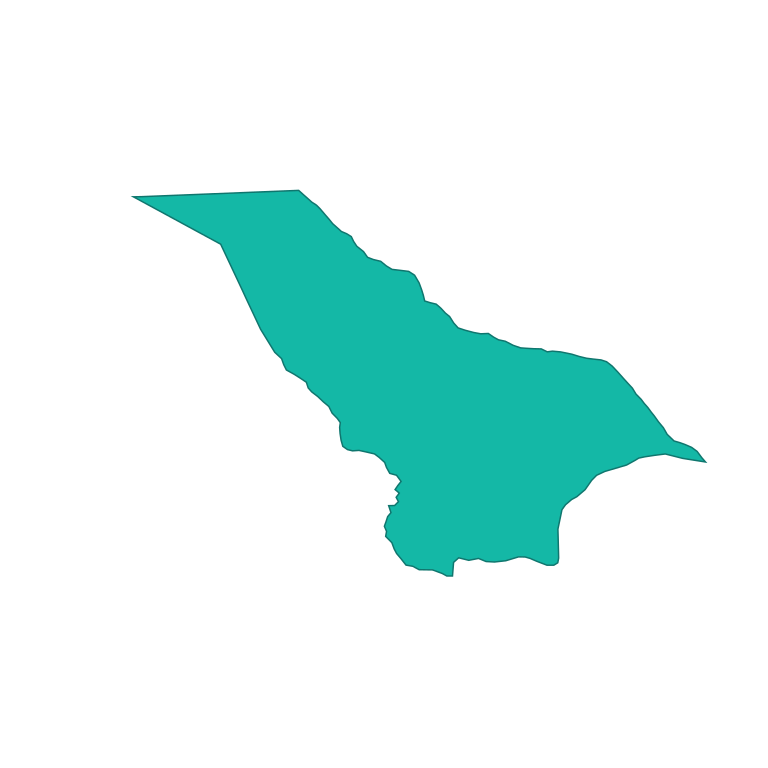 the district of Piranhas, Alagoas, Brazil, rotated 303°
{"feature_id": "56859067B38301719438839", "entity_name": "Piranhas", "entity_type": "district", "adm_level": 2, "iso_a3": "BRA", "parent_name": "Brazil", "parent_adm1": "Alagoas", "projection": "equal_earth", "projection_center": [-37.725, -9.506], "detail": "fine", "context": "isolated", "style": "filled", "palette": "teal", "viewbox_px": 768, "rotation_deg": 303, "n_neighbors": 0, "source": "geoboundaries", "source_scale": "gbopen_adm2", "svg_char_len": 2220}
<svg xmlns="http://www.w3.org/2000/svg" viewBox="0 0 768 768"><g transform="rotate(303 384 384)"><path d="M404.5,71.9L412.3,170.9L385.5,214.1L381.0,221.2L362.7,250.7L351.1,275.1L349.5,284.3L345.6,289.4L342.6,294.5L343.2,303.0L343.3,310.1L343.2,317.9L339.4,322.6L338.0,327.7L337.4,335.4L336.0,342.8L335.1,350.0L331.3,356.4L329.7,363.6L327.8,368.4L323.5,370.4L318.6,374.1L313.5,378.6L309.3,383.4L309.1,389.1L310.8,394.0L314.7,399.2L317.3,406.1L320.2,414.1L319.8,419.9L318.6,427.3L315.4,431.5L312.2,437.5L314.3,444.2L311.6,451.4L306.5,450.9L301.5,450.8L300.8,456.2L295.6,455.9L293.2,460.2L287.9,459.1L284.5,454.2L279.9,459.9L274.8,459.3L269.6,460.7L264.9,461.8L261.8,466.4L257.1,468.4L255.2,477.0L251.2,482.4L248.7,486.9L246.8,493.2L244.1,501.1L246.8,507.4L247.4,514.6L254.5,525.9L256.8,536.0L257.2,541.3L260.3,546.0L272.3,539.5L278.9,541.3L282.3,551.1L289.2,558.3L290.7,566.3L294.9,573.6L302.1,582.4L312.3,591.0L315.8,596.6L317.3,601.5L318.5,608.6L320.8,619.4L324.5,625.1L328.7,627.1L333.1,625.3L350.9,613.1L357.0,608.9L375.5,601.7L381.6,602.0L389.4,604.3L394.5,607.1L404.9,610.2L416.2,610.6L423.2,612.0L430.9,616.8L448.2,631.6L456.8,636.2L460.6,638.0L465.0,642.4L471.4,649.6L478.5,658.0L484.3,675.0L493.7,696.1L495.3,690.6L498.0,683.3L498.4,676.5L497.2,669.4L495.9,663.9L494.2,658.3L496.0,648.9L499.5,642.1L501.8,634.7L504.3,628.4L506.0,623.3L508.0,618.0L509.4,612.9L511.2,608.0L512.8,600.8L515.8,594.6L517.3,588.6L519.1,581.8L521.4,573.4L523.3,565.6L523.9,558.5L522.4,552.9L518.9,546.0L515.9,539.8L513.4,532.7L511.3,525.3L509.4,520.4L507.1,514.6L503.3,507.4L499.9,503.4L499.1,496.8L495.1,490.3L491.4,483.8L488.7,478.9L486.8,471.3L485.9,462.4L483.4,455.9L483.0,450.3L483.2,444.0L478.8,437.8L476.1,431.3L473.3,422.8L471.4,415.6L473.1,409.3L476.3,402.3L476.9,396.8L478.5,390.6L479.4,384.3L477.3,378.3L475.8,372.9L479.8,368.7L483.4,364.4L487.9,358.4L491.9,350.4L491.9,343.4L488.3,336.0L484.5,328.3L484.3,321.7L485.1,314.4L482.6,307.3L481.3,301.2L483.9,294.7L484.7,286.2L487.0,280.9L489.8,276.3L489.7,270.9L488.7,265.2L489.7,258.9L490.5,253.6L492.3,248.1L493.8,242.8L496.1,235.1L497.2,230.0L497.2,224.3L498.2,218.1L499.0,212.6L499.9,207.0L409.1,78.7L404.5,71.9Z" fill="#14b8a6" stroke="#0f766e" stroke-width="1.5"/></g></svg>